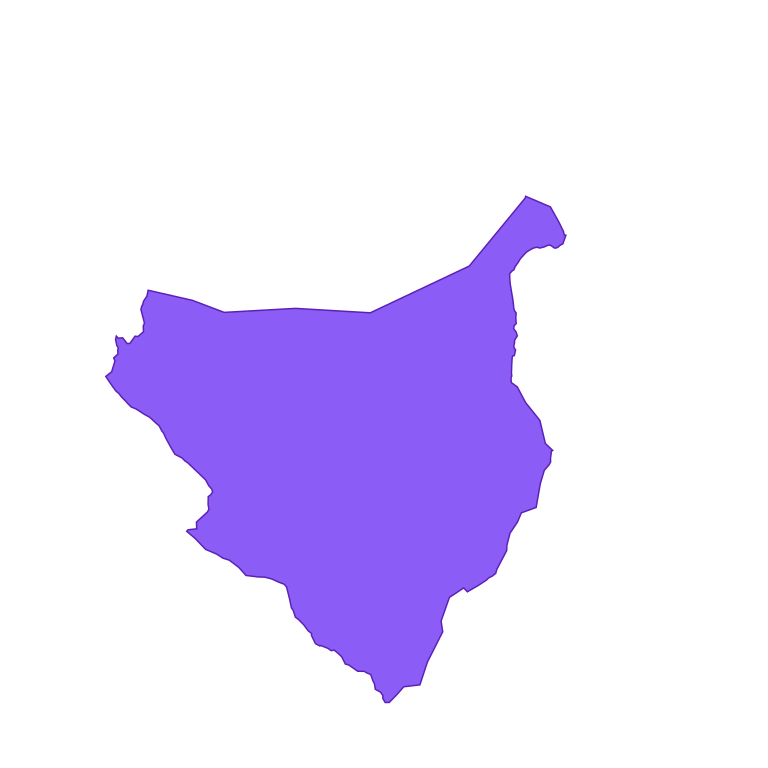 San Pablo Yaganiza, Oaxaca, Mexico (Equal Earth projection), rotated 314°
{"feature_id": "50627088B67315987692410", "entity_name": "San Pablo Yaganiza", "entity_type": "district", "adm_level": 2, "iso_a3": "MEX", "parent_name": "Mexico", "parent_adm1": "Oaxaca", "projection": "equal_earth", "projection_center": [-96.217, 17.128], "detail": "fine", "context": "isolated", "style": "filled", "palette": "violet", "viewbox_px": 768, "rotation_deg": 314, "n_neighbors": 0, "source": "geoboundaries", "source_scale": "gbopen_adm2", "svg_char_len": 2703}
<svg xmlns="http://www.w3.org/2000/svg" viewBox="0 0 768 768"><g transform="rotate(314 384 384)"><path d="M196.2,178.6L194.2,187.8L193.6,190.9L192.7,196.4L193.0,199.8L192.3,204.4L192.2,209.8L191.9,214.2L191.9,218.5L192.5,219.7L193.8,223.0L195.8,233.1L197.3,238.5L197.5,247.5L197.7,251.3L195.8,257.1L195.5,259.7L193.6,264.3L190.1,275.5L188.2,282.6L190.5,290.0L190.4,294.4L191.0,297.8L191.1,322.3L189.1,328.6L188.7,333.2L187.1,335.8L184.2,336.3L180.9,335.8L175.1,341.2L172.4,344.9L169.5,345.9L154.4,345.0L149.7,349.9L143.9,345.0L142.6,344.2L141.0,344.4L141.7,355.8L141.1,370.6L145.4,381.8L146.8,389.1L149.8,395.1L150.2,398.5L151.2,407.0L150.4,417.7L157.7,427.4L162.2,432.4L165.7,438.5L168.4,446.1L170.6,451.2L170.5,452.4L170.3,454.9L163.5,465.8L158.6,473.0L158.1,475.9L154.7,482.2L155.2,486.2L155.0,493.6L153.8,500.7L154.2,505.2L152.8,506.4L149.6,515.0L151.0,519.9L152.0,520.3L154.9,527.3L155.5,531.3L157.9,532.9L158.3,537.1L158.4,543.1L155.7,550.7L157.4,553.9L159.1,564.6L163.7,569.5L164.0,571.7L165.8,576.3L162.8,582.2L161.7,585.4L158.3,589.9L159.9,595.4L159.1,599.5L156.9,601.8L155.7,606.1L157.4,607.8L158.6,609.0L170.6,609.0L179.9,608.5L192.5,618.8L214.1,608.4L246.5,598.4L253.2,589.7L266.1,583.8L275.9,579.3L292.7,583.0L292.4,588.3L304.8,591.8L314.0,593.9L317.3,594.0L321.3,595.4L325.4,595.9L329.1,593.9L349.3,588.0L353.4,584.4L364.2,578.3L377.5,575.9L386.7,572.3L400.9,579.2L421.0,565.6L433.2,559.3L440.4,558.9L443.7,558.0L446.3,555.3L449.4,553.1L451.9,551.1L453.4,551.5L453.3,541.4L466.1,521.4L469.0,498.8L474.5,481.9L473.5,474.5L476.8,471.0L478.5,470.4L480.4,468.1L486.7,462.4L492.2,457.7L493.7,457.2L495.0,458.0L499.9,455.0L500.5,452.3L502.1,450.5L504.2,449.4L506.1,447.6L508.7,447.0L511.2,446.5L513.2,442.9L513.8,438.9L516.4,437.1L519.2,437.2L523.6,432.4L526.8,429.9L527.4,427.1L528.5,424.9L530.7,422.4L533.0,419.6L535.4,416.5L538.3,412.5L543.9,405.0L546.9,401.6L549.1,399.4L550.5,397.8L554.0,397.6L556.4,398.1L559.7,396.8L565.0,396.0L568.7,395.1L576.6,394.8L579.6,395.2L585.0,396.8L587.1,398.0L589.0,399.4L589.6,401.1L590.9,402.2L594.4,404.3L596.6,405.0L597.5,405.6L598.9,406.5L599.5,407.6L600.2,412.2L601.3,413.3L603.6,414.2L605.7,414.2L609.1,415.3L617.4,411.5L616.5,410.1L618.5,406.9L621.8,397.8L627.0,380.7L617.4,355.5L615.9,356.4L528.1,363.4L425.7,324.7L376.9,267.8L324.5,219.3L311.6,189.3L311.4,188.6L287.6,149.2L282.6,152.4L279.7,152.9L278.0,153.2L276.1,153.7L273.7,155.2L272.1,155.5L268.8,157.3L261.4,169.4L258.4,170.6L254.5,174.7L247.2,174.0L245.5,171.7L236.6,173.0L234.7,171.1L235.7,163.9L232.4,161.1L232.5,158.2L229.5,160.0L226.2,164.9L225.2,168.0L223.4,168.9L220.8,171.8L215.0,171.4L213.6,174.5L203.6,179.6L196.2,178.6Z" fill="#8b5cf6" stroke="#5b21b6" stroke-width="1.5"/></g></svg>